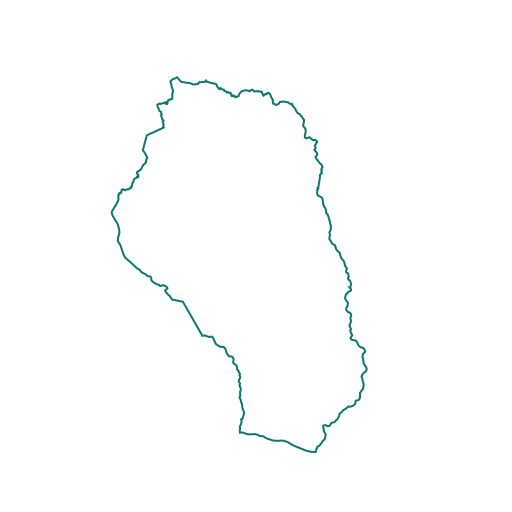 outline of Guro, Manica, Mozambique, rotated 141°
{"feature_id": "85939544B86319968156717", "entity_name": "Guro", "entity_type": "district", "adm_level": 2, "iso_a3": "MOZ", "parent_name": "Mozambique", "parent_adm1": "Manica", "projection": "natural_earth1", "projection_center": [33.489, -16.954], "detail": "fine", "context": "isolated", "style": "outline", "palette": "teal", "viewbox_px": 512, "rotation_deg": 141, "n_neighbors": 0, "source": "geoboundaries", "source_scale": "gbopen_adm2", "svg_char_len": 6104}
<svg xmlns="http://www.w3.org/2000/svg" viewBox="0 0 512 512"><g transform="rotate(141 256 256)"><path d="M209.0,445.8L212.7,445.6L214.3,441.6L215.1,440.5L216.3,436.8L217.0,436.1L217.6,436.0L218.3,434.9L219.2,434.6L222.1,430.9L223.9,431.2L224.3,432.0L226.3,432.3L227.9,431.3L228.4,431.6L228.6,430.4L229.6,430.1L230.3,431.0L230.3,432.7L234.8,434.3L234.8,434.9L235.4,435.4L237.5,435.6L238.7,433.7L239.2,430.3L239.8,429.6L239.2,427.7L240.2,425.3L241.2,425.2L243.0,420.8L242.7,420.2L242.8,419.2L244.2,418.9L245.0,416.4L245.9,415.5L246.5,415.3L246.8,413.9L264.9,418.5L277.3,409.5L277.6,405.7L278.8,400.6L280.4,400.1L281.1,399.3L282.0,399.0L282.8,397.8L286.2,397.7L291.4,395.6L295.0,396.1L296.1,395.8L296.6,395.1L296.3,393.4L297.8,391.4L298.5,391.8L298.7,392.6L299.9,392.1L302.0,392.5L303.8,391.7L304.6,390.8L306.4,390.4L308.1,388.5L309.3,388.5L309.8,387.9L310.4,388.1L310.8,387.5L312.0,388.1L312.6,387.9L314.2,389.0L316.0,389.2L316.4,390.1L317.0,390.4L317.3,391.6L318.7,392.0L320.5,390.4L321.4,390.6L321.8,390.1L322.7,390.8L323.3,390.2L324.7,390.0L324.8,389.3L325.8,388.7L326.9,386.9L328.5,385.7L332.5,383.9L339.8,381.4L341.1,380.2L342.1,377.4L343.3,368.1L345.5,363.0L347.5,360.0L352.5,356.4L354.0,354.5L354.5,350.1L358.1,340.2L358.6,337.6L358.6,336.2L357.5,330.7L356.3,321.5L355.1,318.2L355.2,315.3L353.5,311.8L352.9,308.7L351.4,307.0L351.0,306.0L351.3,304.8L352.5,303.0L352.5,301.6L352.2,299.9L350.8,296.3L349.5,294.7L349.4,293.2L349.1,292.7L347.7,292.3L346.1,291.3L344.9,288.5L344.9,287.2L345.4,286.5L347.8,286.5L348.4,286.2L348.7,285.4L348.7,281.7L348.3,279.5L348.6,274.9L341.6,266.5L347.9,227.7L345.8,226.5L343.5,222.6L341.6,221.6L341.0,220.8L340.9,219.3L342.5,213.4L342.4,212.0L341.0,208.1L338.7,205.9L338.2,204.9L338.3,202.9L339.8,199.4L340.2,195.8L339.9,194.7L338.4,193.5L337.8,192.3L338.4,189.8L340.8,187.7L341.0,186.6L340.2,184.1L340.3,182.5L341.2,180.8L342.1,180.1L341.9,177.8L342.4,176.7L342.7,174.5L342.9,174.1L343.9,173.8L344.3,172.0L344.9,171.3L346.9,170.6L348.1,169.7L348.4,169.0L348.6,167.0L349.9,166.1L350.8,164.6L351.0,163.0L352.2,161.3L353.9,160.5L355.9,157.6L357.9,156.4L358.4,153.9L359.4,152.2L360.1,149.6L362.2,146.5L363.8,141.7L368.6,138.1L370.4,138.4L371.4,136.3L373.7,134.7L376.0,133.5L377.0,131.7L378.6,130.6L379.6,128.7L378.3,128.0L377.0,126.6L375.4,123.6L374.1,122.1L369.0,118.3L368.2,117.4L367.1,115.8L366.3,113.7L363.8,111.3L362.6,107.6L358.9,101.9L355.4,98.6L352.7,96.8L351.1,95.4L348.7,92.0L346.2,85.2L339.0,72.3L336.5,69.3L333.0,66.2L331.9,66.7L331.1,67.7L329.5,68.2L328.6,69.1L328.1,69.2L326.9,68.7L325.1,68.9L322.8,69.4L320.9,70.3L319.4,70.2L317.5,70.7L314.2,73.3L313.4,77.5L312.4,78.4L312.0,80.1L310.6,81.7L310.1,81.8L308.4,80.8L307.3,78.4L305.6,77.7L302.5,78.8L299.5,77.6L295.2,78.0L291.9,79.5L290.7,80.6L288.5,81.0L287.4,80.7L285.4,81.4L282.5,80.8L278.8,80.9L277.9,79.7L274.4,78.4L271.6,78.9L270.3,80.3L269.4,80.7L267.0,79.5L265.8,79.6L265.0,80.3L264.0,80.7L261.3,84.3L260.0,84.4L258.7,85.0L256.3,85.4L255.0,86.8L254.2,87.1L252.2,90.1L251.9,91.7L250.6,93.5L249.8,96.0L247.8,97.0L245.8,97.4L243.1,97.1L241.0,98.6L240.5,99.8L239.9,104.7L237.4,109.0L237.1,110.3L234.5,112.5L231.9,112.8L231.0,113.2L230.8,113.9L230.4,116.5L230.7,117.5L232.1,119.1L232.5,120.9L232.5,122.6L231.8,125.1L231.6,127.1L231.8,127.9L233.5,129.4L234.0,130.3L234.4,131.7L234.1,132.9L231.1,133.8L230.3,137.6L229.6,138.8L228.3,139.2L227.2,143.1L223.8,145.1L222.9,146.0L221.9,148.2L219.0,150.3L218.6,152.4L219.8,154.8L219.9,156.8L219.0,158.4L216.2,159.7L214.3,161.4L213.9,162.5L213.8,166.0L213.0,167.6L210.0,169.7L208.6,169.5L207.4,170.1L206.6,170.0L204.7,169.4L203.8,169.5L203.1,170.4L203.1,172.2L202.9,171.9L199.8,174.3L198.4,177.7L199.0,179.4L198.8,180.4L198.4,181.1L197.0,181.5L195.4,184.4L196.1,186.2L196.1,187.0L193.2,189.2L193.0,192.5L191.6,194.8L190.9,197.7L191.2,200.2L189.7,204.6L188.9,205.6L189.5,208.6L189.4,211.0L188.6,212.7L188.8,213.0L188.1,213.9L187.8,214.7L189.1,217.5L189.0,218.8L188.5,220.0L188.4,222.8L187.3,224.2L185.5,225.5L184.0,228.2L180.6,229.9L180.0,231.2L178.6,232.6L178.2,234.1L176.7,236.4L176.7,237.4L175.7,238.8L174.2,243.2L174.5,245.0L173.6,246.2L172.1,249.3L172.0,251.6L171.5,252.4L171.4,253.8L170.4,255.0L170.0,256.2L168.8,257.6L168.2,259.3L168.1,260.0L168.5,261.3L169.8,263.9L169.8,264.5L169.1,266.1L168.3,267.2L167.4,267.7L167.0,268.8L165.2,269.1L165.3,270.2L164.3,270.3L162.5,271.7L160.9,273.5L159.7,274.1L156.7,277.2L155.8,277.7L155.3,278.8L152.5,279.0L152.5,279.8L152.1,280.7L150.7,281.2L150.8,282.1L149.7,282.9L148.4,283.2L147.6,285.2L148.0,288.1L147.9,290.6L147.6,291.4L148.1,292.5L147.6,295.3L147.1,295.7L144.8,296.1L144.3,296.6L143.9,297.6L143.7,299.8L143.9,300.9L143.7,301.9L141.8,302.3L140.8,304.8L138.9,305.3L138.3,305.9L136.8,306.0L136.4,307.1L137.1,309.1L138.9,310.1L139.7,314.7L142.7,315.6L143.2,316.3L143.3,317.5L142.2,319.0L139.6,320.9L138.1,322.8L137.4,324.2L137.6,326.7L137.1,327.9L133.9,330.5L132.9,331.8L133.0,333.8L132.5,335.4L132.9,336.7L132.7,338.5L133.4,340.0L133.7,342.4L133.0,345.6L132.8,347.6L133.1,349.4L132.6,350.7L132.8,351.3L132.4,351.7L133.8,352.8L134.5,355.4L137.9,359.2L139.5,359.9L140.5,360.7L143.0,359.9L144.5,360.7L145.1,360.5L145.8,361.5L146.1,363.1L146.8,363.6L146.0,365.4L144.6,366.3L144.7,367.6L143.9,371.0L143.4,372.1L143.3,374.4L144.0,375.4L145.9,375.1L146.0,375.7L146.6,376.0L149.2,375.9L149.2,377.0L148.7,377.9L148.8,379.5L148.3,379.8L148.2,380.2L150.0,381.9L150.3,382.6L150.8,382.6L151.7,383.6L153.9,385.1L154.0,386.9L154.5,387.9L157.3,388.1L157.6,389.0L158.4,389.7L159.4,391.1L162.5,392.7L164.7,393.0L167.7,392.2L168.9,391.2L172.1,392.2L171.8,393.5L173.4,394.8L173.0,395.5L174.2,395.8L173.7,397.6L173.1,398.3L173.1,399.0L174.3,399.8L174.9,401.4L175.7,401.4L175.8,402.9L176.8,404.2L176.4,405.6L177.7,407.3L177.9,408.8L179.1,408.4L179.5,408.7L179.2,409.6L179.6,410.2L179.7,411.1L178.9,414.2L178.9,415.1L181.0,417.5L181.2,418.0L182.0,418.5L184.0,422.0L184.7,422.3L184.9,423.1L184.6,423.8L185.9,423.6L187.0,423.9L187.9,424.9L189.9,426.0L190.5,426.8L192.7,426.2L196.6,428.5L198.9,432.5L201.2,434.6L204.3,438.3L204.7,439.6L204.7,443.3L205.0,444.6L207.9,445.1L209.0,445.8Z" fill="none" stroke="#0f766e" stroke-width="2"/></g></svg>